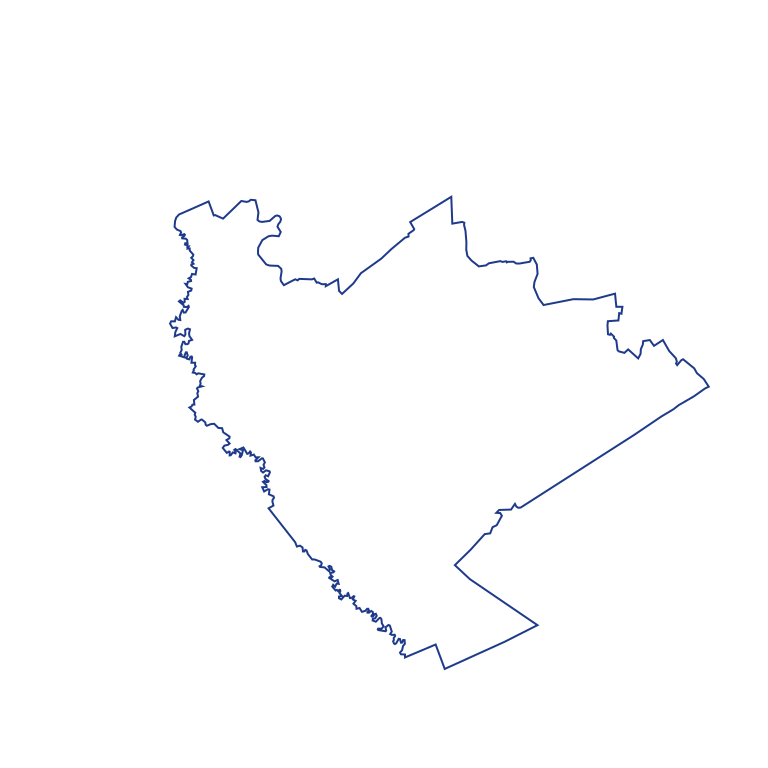 outline of Bocsig, Arad, Romania, rotated 216°
{"feature_id": "2599482B20557831066636", "entity_name": "Bocsig", "entity_type": "district", "adm_level": 2, "iso_a3": "ROU", "parent_name": "Romania", "parent_adm1": "Arad", "projection": "mercator", "projection_center": [21.993, 46.42], "detail": "fine", "context": "isolated", "style": "outline", "palette": "blue", "viewbox_px": 768, "rotation_deg": 216, "n_neighbors": 0, "source": "geoboundaries", "source_scale": "gbopen_adm2", "svg_char_len": 6166}
<svg xmlns="http://www.w3.org/2000/svg" viewBox="0 0 768 768"><g transform="rotate(216 384 384)"><path d="M413.8,561.7L416.1,561.0L423.0,553.9L439.6,575.0L458.0,530.4L450.6,527.1L450.4,526.0L452.5,519.9L450.8,517.7L453.0,514.7L457.3,497.6L459.9,483.8L467.8,460.1L467.9,447.3L470.9,432.2L475.1,432.9L482.8,441.6L488.6,428.9L489.8,430.6L492.9,428.2L497.1,427.5L498.0,426.4L502.5,428.3L503.8,426.3L514.4,419.2L514.8,417.1L517.4,416.5L523.1,405.1L527.9,406.7L529.8,408.6L533.0,414.9L534.9,416.8L539.1,417.3L546.3,412.5L549.6,411.5L561.9,414.8L563.6,416.8L565.9,420.4L567.0,428.9L564.3,435.6L561.8,438.2L556.0,441.7L556.9,446.3L562.6,448.6L563.4,451.0L563.3,454.3L564.1,456.7L565.5,457.7L567.2,458.3L569.6,457.5L570.8,455.8L572.4,448.7L578.1,443.3L580.7,442.2L582.8,442.4L586.4,449.0L596.0,457.1L600.1,454.7L600.6,452.5L602.1,450.6L607.0,448.2L611.4,423.2L619.9,421.4L620.8,420.3L633.2,428.6L649.5,400.6L649.9,396.5L648.8,393.0L645.8,388.0L642.4,387.2L638.5,388.1L637.2,387.3L636.7,384.6L635.4,385.2L633.8,387.8L632.8,387.7L632.6,386.5L633.4,383.8L632.9,383.2L629.7,385.1L627.9,384.8L625.6,382.3L627.5,381.1L627.0,379.8L624.5,380.7L623.7,379.4L622.8,380.4L622.5,378.1L620.8,379.4L619.5,377.7L614.3,376.6L613.7,375.1L614.1,372.8L610.9,372.2L611.0,369.7L608.8,369.3L610.1,367.5L609.6,366.6L606.0,366.3L603.6,367.6L600.8,361.8L604.0,360.2L603.0,357.1L604.1,354.7L601.5,354.8L600.6,353.9L602.8,351.3L601.8,349.1L603.4,348.3L599.4,347.0L595.7,348.1L594.9,346.3L596.8,343.3L594.6,341.1L594.6,338.6L592.8,337.3L595.4,335.7L593.5,333.3L593.9,331.9L598.0,331.9L598.4,330.3L592.2,329.9L591.3,328.8L588.8,330.3L588.1,332.3L587.1,331.6L586.6,325.2L588.0,324.1L590.4,325.6L590.6,324.2L589.0,318.7L586.4,316.0L588.1,315.1L591.5,315.8L590.0,311.7L593.0,309.7L592.6,307.1L588.0,305.0L585.5,307.5L584.1,307.7L583.3,303.3L581.3,299.6L578.1,304.8L573.7,305.3L573.7,307.2L576.7,311.0L575.2,313.6L573.1,314.2L571.5,310.4L569.6,308.4L565.2,306.9L567.1,304.2L566.0,301.9L566.4,300.8L568.1,299.5L570.4,300.8L571.4,300.0L569.8,294.8L567.7,292.7L567.1,289.4L565.3,288.8L566.5,287.5L566.4,286.5L560.7,288.4L562.2,290.0L562.9,293.2L562.2,293.7L559.6,291.7L559.0,289.0L558.3,288.6L556.0,289.5L556.6,292.3L555.8,293.2L554.9,292.8L552.3,288.0L549.3,290.2L547.9,288.1L546.7,287.7L546.6,283.9L545.9,283.3L545.4,280.9L543.2,282.0L541.3,281.7L540.5,283.5L535.0,286.1L534.2,284.6L535.0,282.1L534.4,278.2L532.6,276.5L532.0,274.5L529.8,275.2L532.6,271.7L532.7,270.5L530.0,269.0L529.6,266.8L527.0,264.5L528.4,259.3L525.3,255.9L526.8,254.7L526.5,252.7L527.6,250.6L519.7,249.8L519.1,247.9L517.1,246.9L515.9,244.1L512.3,244.1L511.1,247.7L510.3,248.2L506.0,247.9L504.3,246.2L502.8,246.1L500.5,249.8L498.0,252.0L492.2,251.1L489.0,253.1L485.6,250.4L478.0,250.7L477.2,249.2L478.5,246.0L473.9,245.1L474.5,243.0L476.9,240.4L476.9,237.5L470.7,235.9L469.7,238.3L468.9,238.4L466.9,235.5L466.1,236.3L466.1,239.8L463.4,240.6L463.9,241.7L466.4,242.7L465.9,244.1L459.3,243.4L458.1,240.3L457.2,240.5L457.2,242.7L459.2,247.6L462.6,246.4L460.4,250.0L453.6,247.1L452.8,248.3L452.7,250.7L451.4,250.4L449.9,247.6L447.8,250.4L444.8,249.2L442.5,250.9L443.2,246.7L442.5,246.0L440.5,247.4L439.1,252.1L438.3,252.6L434.3,250.6L434.0,247.9L431.6,246.1L431.9,244.2L434.5,243.6L432.2,241.4L429.8,241.3L428.7,244.8L425.3,246.1L424.4,245.5L423.5,241.3L426.0,240.7L426.1,238.8L424.3,237.6L420.2,237.6L420.1,236.9L421.3,235.6L423.7,235.3L424.4,233.7L419.7,233.1L418.5,231.6L421.8,228.9L417.8,226.6L416.1,230.6L414.6,231.3L412.3,227.1L407.4,228.2L406.1,227.3L406.1,224.9L405.1,223.2L402.0,220.7L404.3,215.6L362.9,203.8L358.9,201.3L357.0,203.8L353.9,203.9L351.1,200.9L350.0,201.7L350.2,203.5L348.8,203.8L345.7,201.7L339.0,199.8L336.9,201.3L330.8,203.0L329.0,202.4L328.3,200.5L329.0,198.7L328.2,198.4L324.3,200.7L318.1,200.2L318.9,202.3L321.7,203.8L321.2,204.8L319.3,205.2L316.6,202.9L314.2,203.1L314.2,201.9L316.4,199.5L314.9,198.2L312.4,197.9L312.6,196.8L314.5,195.8L314.4,194.9L308.0,195.3L306.3,198.2L303.2,195.7L305.0,194.8L304.4,191.3L307.1,191.7L306.8,189.7L301.8,188.5L301.1,189.7L299.3,189.4L299.2,191.2L298.5,191.6L297.6,190.8L297.2,188.8L293.4,187.7L295.5,185.6L294.5,184.2L291.9,184.6L291.4,189.6L289.3,190.8L290.4,193.1L290.1,193.8L285.7,190.8L284.4,192.1L283.8,194.6L283.2,194.7L282.6,191.4L279.5,191.9L279.6,188.3L275.8,188.0L274.1,186.0L272.1,188.4L267.9,186.7L265.8,189.5L265.5,192.2L264.6,192.9L263.1,191.9L263.5,189.9L263.0,189.3L261.8,190.1L260.9,192.9L259.0,192.9L257.9,191.9L257.8,188.9L257.0,188.7L256.2,189.5L256.3,192.4L255.5,193.3L253.6,192.1L253.4,189.3L255.0,187.4L254.2,186.0L250.9,186.9L250.1,192.1L249.4,192.7L247.8,192.2L245.1,189.1L241.9,187.7L242.1,184.6L244.9,182.7L244.7,181.7L243.9,181.6L237.4,184.9L237.3,185.8L239.8,188.0L238.7,191.7L237.3,192.0L232.2,188.3L232.0,185.3L230.2,185.6L228.0,187.4L226.9,186.8L226.8,184.1L225.5,182.6L225.4,181.2L223.3,179.9L222.3,180.0L221.7,181.4L222.3,186.5L221.2,187.1L218.2,184.7L217.4,185.3L218.0,188.2L216.8,188.9L214.4,186.0L214.6,183.2L212.9,179.3L213.2,176.1L211.4,175.3L208.0,177.5L206.3,175.1L189.1,203.6L167.4,189.2L134.8,246.5L118.1,279.1L199.8,276.6L220.2,279.1L216.5,301.0L214.3,321.7L210.3,325.6L212.0,332.0L209.8,336.0L211.2,346.7L214.1,347.9L217.4,345.8L216.8,349.8L207.4,357.1L207.6,364.0L204.8,362.6L202.6,362.8L200.8,364.4L151.8,489.6L140.4,521.0L135.0,533.7L133.1,540.2L126.1,556.0L121.6,569.2L119.7,572.7L128.3,576.0L137.2,576.7L142.2,579.0L156.6,579.8L157.5,577.9L157.9,571.6L159.7,572.2L160.3,574.3L163.1,576.4L172.6,578.3L184.2,583.5L188.0,573.6L194.8,575.8L199.5,571.0L197.7,567.8L196.7,563.2L194.1,559.1L193.4,554.1L206.8,555.5L207.8,550.5L213.3,548.4L215.0,548.7L221.6,555.7L225.2,556.4L225.7,557.5L230.1,558.1L230.1,556.6L232.0,555.9L237.6,562.7L239.8,566.4L231.7,573.2L235.4,579.6L233.2,580.4L236.5,586.6L241.4,583.0L250.2,592.9L264.4,575.4L280.7,563.9L301.3,541.7L309.4,544.2L319.8,550.5L322.2,554.9L324.5,563.4L330.6,570.5L337.4,573.8L339.3,571.8L338.0,570.4L338.0,568.5L345.3,561.0L347.9,559.2L351.0,559.1L355.7,555.6L356.1,554.6L357.3,555.1L359.9,552.4L362.1,551.8L370.1,543.3L371.2,539.9L376.4,534.9L385.7,535.3L391.8,536.6L396.4,541.0L400.7,547.2L408.2,555.9L412.7,559.7L413.8,561.7Z" fill="none" stroke="#1e3a8a" stroke-width="2"/></g></svg>